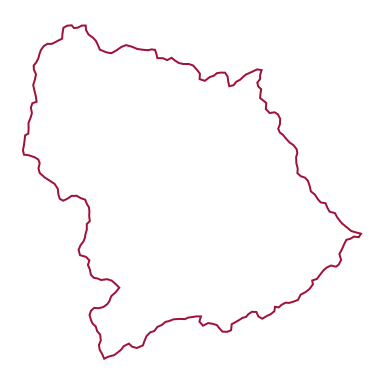 Lagoa Dourada, Minas Gerais, Brazil (orthographic projection)
{"feature_id": "56859067B55237530042730", "entity_name": "Lagoa Dourada", "entity_type": "district", "adm_level": 2, "iso_a3": "BRA", "parent_name": "Brazil", "parent_adm1": "Minas Gerais", "projection": "orthographic", "projection_center": [-44.076, -20.895], "detail": "fine", "context": "isolated", "style": "outline", "palette": "rose", "viewbox_px": 384, "rotation_deg": 0, "n_neighbors": 0, "source": "geoboundaries", "source_scale": "gbopen_adm2", "svg_char_len": 3138}
<svg xmlns="http://www.w3.org/2000/svg" viewBox="0 0 384 384"><path d="M361.0,233.7L355.9,232.4L351.2,231.0L347.0,227.5L342.0,223.4L339.5,220.4L337.2,217.3L334.9,213.1L329.6,211.7L327.3,207.6L325.5,203.2L320.7,202.4L317.9,199.3L315.0,194.7L310.9,191.4L309.6,185.8L307.9,180.7L304.9,177.6L300.8,176.2L297.4,173.2L297.7,168.4L296.4,163.5L296.1,157.2L297.3,153.2L296.7,149.3L293.4,145.1L289.6,142.5L286.2,138.8L282.8,134.7L279.8,132.5L278.2,128.7L279.9,124.4L280.2,118.8L277.9,114.3L274.7,112.3L269.7,113.0L265.8,109.1L266.3,103.0L263.5,100.7L260.1,98.1L260.5,93.5L261.2,89.2L258.2,86.4L257.3,82.6L260.1,79.1L260.1,75.0L261.6,70.1L257.1,69.4L251.2,72.2L245.8,74.6L242.9,77.1L240.1,79.8L236.3,81.7L233.6,85.2L229.3,86.2L228.2,81.5L227.6,76.5L225.1,72.7L220.6,72.6L216.8,73.2L213.9,75.7L209.7,77.1L204.9,80.8L199.6,79.1L199.9,73.6L196.6,69.4L193.0,65.4L188.7,64.0L183.4,64.0L178.8,63.0L174.8,60.4L171.6,57.8L167.2,60.1L162.9,58.2L157.4,58.1L156.3,53.6L155.0,49.8L151.5,49.4L148.1,50.2L143.3,49.8L137.4,49.0L131.9,46.7L126.0,45.1L121.3,47.0L116.4,50.4L111.4,53.2L106.5,52.4L99.8,49.6L97.6,44.3L95.9,40.9L93.1,37.8L88.6,34.6L86.0,29.9L85.7,25.5L82.1,25.5L77.6,27.7L74.0,28.1L71.7,25.3L67.2,25.7L63.4,27.8L62.5,33.6L62.1,38.7L58.0,40.7L52.1,43.8L47.4,43.9L43.9,46.0L40.9,50.0L39.4,54.3L38.3,58.4L36.2,62.5L33.7,65.4L33.9,69.6L36.0,74.3L34.9,79.7L33.2,85.0L34.3,90.1L35.7,95.6L36.6,101.8L32.4,103.2L30.9,107.5L31.9,113.3L30.5,118.0L28.5,122.9L28.6,129.2L28.3,133.6L25.1,135.4L24.7,139.3L24.0,144.8L23.0,150.2L23.9,154.6L29.0,155.3L34.7,157.3L38.3,159.5L39.7,163.1L38.5,168.3L39.7,173.0L44.9,177.6L50.0,180.9L54.6,183.9L57.8,188.8L58.4,194.5L59.8,198.8L63.1,200.7L67.3,198.8L71.5,195.9L76.7,195.8L80.7,198.1L85.2,199.7L86.9,204.0L89.0,207.4L89.4,211.3L89.2,216.1L89.8,221.2L86.8,224.0L86.8,229.6L85.5,234.1L84.9,237.8L83.6,241.2L80.5,245.3L78.6,249.8L80.0,255.2L85.9,256.8L89.4,260.4L87.9,265.0L89.8,269.3L90.9,274.8L93.8,277.8L97.2,278.4L101.2,280.0L107.2,279.2L111.7,280.6L115.5,283.9L119.3,287.7L115.7,292.2L111.2,296.2L109.4,301.1L107.4,304.1L103.2,307.1L98.5,308.2L94.2,307.9L91.1,310.6L89.5,315.0L91.0,320.1L92.7,323.7L95.7,326.4L97.2,331.2L100.2,334.7L100.8,340.6L98.9,345.0L99.7,349.8L102.3,354.3L104.2,358.7L108.3,356.7L114.2,355.1L118.1,352.2L121.2,349.6L123.7,346.2L128.9,343.6L132.3,346.8L136.8,348.0L142.9,345.4L144.4,341.2L146.5,336.1L150.3,332.3L154.3,331.0L157.4,326.9L162.1,324.8L165.4,321.9L169.0,321.1L173.6,319.3L179.6,318.9L185.0,319.1L188.4,317.5L192.2,317.1L196.0,316.4L200.9,316.4L199.4,321.6L203.0,325.7L208.1,323.1L212.8,323.8L216.9,325.1L219.4,328.3L222.4,331.6L227.4,331.8L231.1,330.2L231.7,324.2L238.1,320.7L242.4,317.9L246.1,316.9L248.3,314.2L251.9,311.8L256.4,312.0L258.3,316.4L262.2,318.7L266.6,316.1L270.8,314.1L274.4,311.2L275.0,306.8L278.7,307.4L281.6,304.8L285.5,302.7L289.3,302.9L293.8,301.5L298.0,299.9L300.7,294.6L305.4,292.2L309.5,289.0L312.9,284.3L312.2,280.5L317.0,278.9L320.3,274.4L323.7,270.1L326.8,267.5L331.1,265.5L336.0,266.7L338.8,264.5L341.1,259.9L339.4,254.0L342.0,249.2L343.9,244.7L346.4,239.8L350.4,238.8L353.8,236.6L358.7,237.2L361.0,233.7Z" fill="none" stroke="#9f1239" stroke-width="2"/></svg>